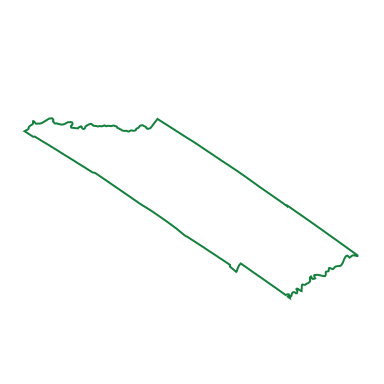 Tennessee, Albers equal-area conic projection, rotated 213°
{"feature_id": "USA-3551", "entity_name": "Tennessee", "entity_type": "State", "adm_level": 1, "iso_a3": "USA", "parent_name": "United States of America", "parent_adm1": "", "projection": "albers", "projection_center": [-85.336, 35.837], "detail": "fine", "context": "isolated", "style": "outline", "palette": "green", "viewbox_px": 384, "rotation_deg": 213, "n_neighbors": 0, "source": "natural_earth", "source_scale": "10m", "svg_char_len": 5768}
<svg xmlns="http://www.w3.org/2000/svg" viewBox="0 0 384 384"><g transform="rotate(213 192 192)"><path d="M46.2,186.0L46.5,185.0L46.0,183.5L45.0,182.4L44.3,181.1L44.4,180.7L44.8,179.1L46.1,177.1L46.3,176.2L46.6,175.8L47.3,175.3L48.1,175.0L48.7,174.8L49.1,173.9L48.1,171.9L46.1,168.6L46.8,168.4L50.6,168.4L51.0,168.3L51.5,168.0L51.6,167.5L51.3,167.1L50.3,166.8L49.5,166.0L49.0,165.0L49.0,164.1L49.7,163.7L50.8,163.8L51.7,163.7L52.5,163.2L52.9,162.2L52.8,161.0L52.1,159.0L52.2,158.2L52.5,157.3L52.2,156.5L52.0,156.3L54.6,156.4L54.5,156.8L54.1,157.8L54.1,158.5L55.1,158.8L55.6,158.6L56.3,158.0L57.3,156.9L57.4,156.6L64.2,156.9L71.1,157.2L78.0,157.4L84.8,157.7L91.7,157.9L98.5,158.1L105.4,158.4L112.2,158.6L112.4,157.4L112.5,155.6L112.4,154.8L112.0,152.3L111.3,149.9L111.3,149.4L111.3,149.2L111.5,149.1L113.7,149.4L117.2,149.8L119.4,150.1L119.7,150.2L119.9,150.5L120.1,151.2L120.3,151.4L120.5,151.6L122.4,151.6L122.9,151.6L124.4,151.6L126.7,151.7L129.8,151.7L133.4,151.7L137.4,151.8L141.7,151.8L146.1,151.8L150.5,151.9L154.8,151.9L158.8,151.9L162.4,151.9L165.4,151.9L167.8,151.9L169.3,151.9L169.8,151.9L171.5,151.9L173.0,151.6L173.3,151.6L175.0,151.7L177.1,151.9L179.8,152.2L184.8,152.8L190.8,153.2L198.7,153.6L207.9,153.9L216.2,154.1L228.3,153.8L238.2,154.1L247.8,154.4L256.8,154.6L264.9,154.8L271.7,155.0L277.0,155.1L280.4,155.2L281.6,155.2L283.5,155.2L284.9,154.8L285.9,154.3L290.1,154.2L294.2,154.2L298.3,154.1L302.5,154.0L306.6,154.0L310.7,153.9L314.9,153.8L319.0,153.7L323.1,153.6L327.3,153.6L331.4,153.5L335.5,153.4L339.7,153.3L343.8,153.1L347.9,153.0L352.1,152.9L354.0,152.9L354.3,152.7L355.1,151.9L355.5,151.8L355.8,151.8L358.5,151.8L361.9,151.8L365.6,151.8L363.8,155.0L363.5,156.0L364.2,157.4L364.2,157.9L363.7,159.7L362.7,161.8L362.6,162.3L362.6,162.6L362.7,162.8L363.1,163.7L363.7,164.4L363.8,164.6L363.9,164.9L363.8,165.0L363.6,165.1L362.4,165.0L360.2,164.3L359.9,164.4L356.8,166.6L355.8,167.6L355.6,167.8L351.9,175.5L351.6,176.0L351.2,176.3L350.8,176.5L350.2,177.1L349.8,177.4L349.5,177.6L349.2,177.6L348.9,177.5L348.3,177.4L348.0,177.3L347.8,177.1L347.6,177.0L347.4,176.8L347.4,176.6L347.3,176.4L347.3,176.1L347.2,175.9L347.1,175.7L346.8,175.4L346.6,175.3L346.3,175.3L345.8,175.2L345.5,175.2L345.3,175.1L344.9,174.8L344.7,174.8L344.3,174.8L343.9,175.0L342.7,176.0L341.6,176.1L341.3,176.1L340.3,176.7L338.9,177.1L338.5,177.3L337.9,177.6L337.2,178.2L335.8,179.7L335.5,180.3L335.0,181.5L334.8,181.8L334.1,182.8L333.8,183.1L333.6,183.3L333.4,183.5L333.2,183.5L331.4,184.8L331.0,184.9L330.8,185.0L330.5,185.0L330.3,184.9L330.0,184.8L329.8,184.7L329.7,184.5L329.5,184.3L329.4,184.1L329.1,183.5L329.1,183.2L329.1,182.9L329.2,182.5L329.4,181.9L329.5,181.7L329.4,181.5L329.4,181.4L328.7,180.5L328.5,180.3L328.2,180.3L327.9,180.4L326.0,181.4L325.0,181.8L322.3,183.3L322.2,183.5L322.2,184.4L322.1,184.7L322.0,184.9L321.5,185.4L321.4,185.8L321.3,186.1L321.0,186.5L320.8,186.7L320.5,186.7L320.3,186.7L319.9,186.3L319.3,185.9L318.8,185.7L318.5,185.6L318.1,185.6L317.4,185.8L317.1,185.9L316.9,186.2L316.8,186.4L316.7,186.6L316.6,186.9L316.6,187.1L316.6,187.4L316.6,187.7L316.7,187.9L317.0,188.7L317.0,189.0L316.9,189.3L316.5,189.8L316.4,190.1L316.3,190.6L316.2,190.8L316.0,191.3L315.1,192.8L314.1,194.0L313.8,194.2L313.5,194.3L312.9,194.2L311.3,194.1L310.8,193.9L310.6,194.0L310.4,194.0L308.3,195.2L306.9,195.6L306.6,195.8L306.3,196.0L305.4,197.0L305.0,197.2L304.0,197.6L303.7,197.8L303.4,198.0L302.5,199.0L301.7,200.2L301.4,200.3L301.1,200.3L300.8,200.3L300.5,200.2L300.0,200.3L299.7,200.5L299.1,201.1L298.7,201.6L298.2,202.0L296.0,203.0L295.7,203.2L295.4,203.5L295.0,204.0L294.1,204.9L293.8,205.1L293.6,205.2L290.9,205.8L290.7,205.8L290.4,205.7L290.2,205.6L290.0,205.4L289.8,205.3L289.5,205.2L289.1,205.2L288.3,205.4L287.9,205.5L287.5,205.5L287.3,205.5L287.0,205.4L286.8,205.4L286.5,205.5L286.1,205.6L285.8,205.7L284.4,205.6L284.1,205.6L283.3,205.8L282.5,206.1L281.6,206.7L281.0,207.2L280.6,207.5L280.3,207.6L279.0,207.9L278.3,208.1L278.0,208.4L277.7,208.6L277.1,209.9L276.9,210.2L276.6,210.5L276.3,210.7L274.6,211.3L274.3,211.5L274.0,211.8L273.1,212.8L273.0,213.0L272.9,213.2L272.9,213.4L272.9,213.6L273.0,214.2L273.1,214.4L273.0,214.7L273.0,215.0L272.8,215.2L272.1,216.3L272.0,216.5L271.9,217.0L271.8,217.3L271.8,218.9L271.6,219.3L271.3,219.7L270.5,220.5L270.1,220.9L269.8,221.0L269.7,221.1L268.6,221.1L266.5,221.4L265.9,221.3L265.6,221.3L265.4,221.2L265.2,221.1L264.9,220.7L264.7,220.7L264.3,220.6L263.7,220.9L263.4,221.0L263.1,221.2L262.4,221.9L262.0,222.5L261.7,223.0L261.6,223.6L261.4,225.3L261.3,227.1L261.1,229.9L260.9,232.2L260.7,234.5L257.1,234.5L253.3,234.5L250.5,234.6L248.8,234.6L243.7,234.6L238.6,234.6L233.5,234.7L228.5,234.7L223.4,234.8L218.3,234.9L213.2,234.9L208.8,234.8L201.7,234.7L195.2,234.6L189.0,234.5L182.6,234.4L176.2,234.4L169.8,234.3L163.5,234.2L157.1,234.0L150.7,233.7L144.3,233.4L138.0,233.1L131.6,232.9L125.2,232.7L119.0,232.5L112.7,232.3L106.3,232.0L104.9,232.0L104.4,231.9L104.7,232.5L104.3,232.5L102.8,232.5L97.6,232.3L92.3,232.1L87.1,232.0L81.8,231.8L76.5,231.6L71.3,231.4L66.0,231.2L60.8,231.0L55.5,230.7L50.3,230.5L45.0,230.3L39.7,230.0L34.5,229.8L29.2,229.5L24.0,229.3L18.7,229.0L18.4,228.4L18.9,228.0L19.6,227.9L20.6,227.6L22.1,226.8L22.8,226.2L23.2,225.5L23.5,224.6L23.7,223.7L24.1,222.8L25.1,222.9L26.2,223.2L27.0,223.3L27.9,222.1L28.0,220.1L27.7,218.0L27.1,215.5L27.0,214.5L27.0,212.3L27.2,211.1L27.8,210.4L30.0,208.7L30.7,208.0L31.2,207.2L31.4,206.4L31.5,205.2L31.7,204.3L32.2,203.8L33.2,203.6L34.2,203.5L35.2,203.3L35.6,202.7L35.1,201.5L34.5,200.5L34.4,200.0L34.7,199.5L35.4,199.0L36.1,198.2L36.2,197.6L35.1,196.1L34.6,194.9L34.6,194.0L35.2,193.4L41.5,191.0L44.1,189.0L43.8,188.1L42.7,187.2L41.7,186.7L42.2,185.8L42.8,185.2L43.5,184.9L44.4,184.8L45.6,185.8L46.2,186.0Z" fill="none" stroke="#15803d" stroke-width="2"/></g></svg>